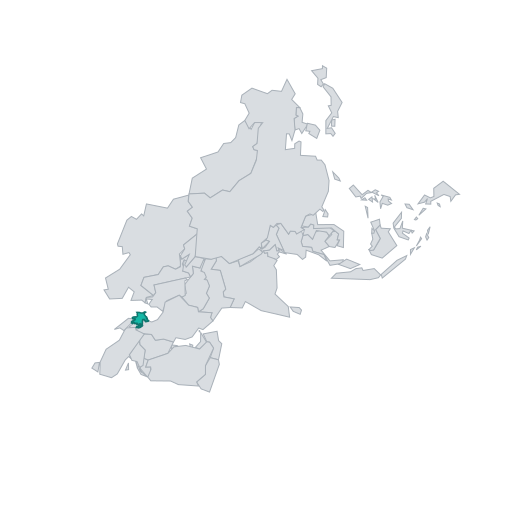 where Azerbaijan sits in Asia, rotated 309°
{"feature_id": "AZE", "entity_name": "Azerbaijan", "entity_type": "country or territory", "adm_level": 0, "iso_a3": "AZE", "parent_name": "Asia", "parent_adm1": "", "projection": "mercator", "projection_center": [46.85, 40.145], "detail": "fine", "context": "in_parent", "style": "filled", "palette": "teal", "viewbox_px": 512, "rotation_deg": 309, "n_neighbors": 45, "source": "natural_earth", "source_scale": "50m", "svg_char_len": 15519}
<svg xmlns="http://www.w3.org/2000/svg" viewBox="0 0 512 512"><g transform="rotate(309 256 256)"><path d="M260.9,165.3L255.8,169.0L253.9,175.9L247.6,174.4L245.3,182.6L237.3,185.5L240.2,193.2L238.2,196.8L219.0,192.7L216.7,196.1L209.3,195.2L201.2,203.9L195.1,201.8L193.1,194.0L189.3,190.8L180.1,191.7L168.9,182.4L160.7,185.1L160.8,201.2L154.8,196.9L149.8,199.2L149.8,194.9L142.8,186.8L151.5,183.9L151.5,176.6L138.9,178.7L130.5,169.3L134.0,159.2L137.2,162.1L144.2,152.9L160.0,158.4L177.9,157.5L178.7,155.1L173.6,151.5L179.1,146.2L176.8,142.6L178.2,140.7L202.6,133.1L208.3,134.3L209.3,140.0L216.7,140.6L216.5,143.5L227.5,138.1L237.5,157.1L248.2,156.1L260.9,165.3Z" fill="#d9dde1" stroke="#a8b0b8" stroke-width="1"/><path d="M160.8,201.2L160.7,185.1L168.9,182.4L180.1,191.7L189.3,190.8L193.1,194.0L195.1,201.8L200.0,204.0L208.6,197.1L206.9,200.3L215.3,203.1L211.2,206.1L207.5,205.8L207.7,202.7L203.4,203.7L200.9,208.7L198.2,208.5L200.4,214.3L198.6,218.4L169.3,195.0L164.4,201.2L160.8,201.2Z" fill="#d9dde1" stroke="#a8b0b8" stroke-width="1"/><path d="M431.9,354.4L432.0,375.3L429.1,372.6L421.1,373.0L424.4,369.5L422.1,363.3L408.5,357.4L406.3,359.2L403.2,355.1L408.6,353.1L403.9,353.1L398.5,349.1L409.5,348.6L410.9,354.9L414.2,356.8L420.5,351.5L431.9,354.4ZM380.8,374.5L379.1,378.6L376.0,378.9L377.6,375.8L380.8,374.5ZM410.2,368.1L409.9,365.7L411.2,363.5L411.9,365.9L410.2,368.1ZM358.2,332.9L356.4,335.8L361.7,343.2L358.0,343.6L352.7,358.9L333.8,355.4L329.7,344.8L332.0,339.7L334.7,343.6L345.2,342.2L347.8,341.5L351.8,332.3L358.2,332.9ZM390.1,356.9L398.3,355.9L399.5,358.4L390.1,356.9ZM386.8,358.2L384.6,357.6L384.0,356.2L387.2,356.1L386.8,358.2ZM390.2,339.1L392.6,342.5L390.8,348.9L388.5,342.9L390.2,339.1ZM367.8,341.9L381.6,341.6L376.7,345.3L365.5,345.3L365.1,347.7L367.9,350.6L375.6,348.0L369.7,352.2L375.0,363.1L372.1,362.9L373.6,360.3L369.7,360.7L368.0,354.5L365.9,355.4L366.3,363.7L364.3,364.2L361.0,355.0L364.4,345.6L367.8,341.9ZM367.4,378.0L361.6,376.7L364.6,376.1L367.4,378.0ZM364.7,374.3L371.3,373.1L374.2,372.0L373.7,373.8L364.7,374.3ZM358.2,372.0L362.1,373.9L354.5,375.0L358.2,372.0ZM320.5,364.9L341.4,368.3L351.2,372.9L347.6,374.1L318.3,368.0L320.5,364.9ZM312.1,348.3L320.6,355.8L319.7,364.8L316.2,364.8L309.4,359.5L286.2,328.6L293.2,329.3L303.2,339.4L309.1,341.6L313.4,345.7L312.1,348.3Z" fill="#d9dde1" stroke="#a8b0b8" stroke-width="1"/><path d="M381.2,376.2L383.9,373.1L388.3,372.9L381.2,376.2Z" fill="#d9dde1" stroke="#a8b0b8" stroke-width="1"/><path d="M96.6,233.5L93.9,238.8L93.7,247.6L91.6,241.2L94.3,234.2L96.6,233.5Z" fill="#d9dde1" stroke="#a8b0b8" stroke-width="1"/><path d="M99.1,229.9L94.4,234.2L98.6,228.4L99.1,229.9Z" fill="#d9dde1" stroke="#a8b0b8" stroke-width="1"/><path d="M95.7,236.8L93.7,240.7L94.5,236.3L95.7,236.8Z" fill="#d9dde1" stroke="#a8b0b8" stroke-width="1"/><path d="M95.7,236.8L106.0,233.1L107.3,237.7L100.3,240.2L103.5,243.9L97.4,248.7L93.7,247.6L95.7,236.8Z" fill="#d9dde1" stroke="#a8b0b8" stroke-width="1"/><path d="M146.8,266.4L154.6,266.8L161.7,261.2L157.7,272.4L148.2,270.7L146.8,266.4Z" fill="#d9dde1" stroke="#a8b0b8" stroke-width="1"/><path d="M144.4,264.6L144.1,262.0L145.9,259.8L146.9,263.0L144.4,264.6Z" fill="#d9dde1" stroke="#a8b0b8" stroke-width="1"/><path d="M133.2,245.5L136.7,251.0L130.8,249.0L133.2,245.5Z" fill="#d9dde1" stroke="#a8b0b8" stroke-width="1"/><path d="M107.3,237.7L106.0,233.1L113.1,229.1L114.0,221.5L118.8,217.4L125.1,218.3L129.3,224.2L127.2,230.8L133.3,236.5L137.2,246.0L124.9,248.8L107.3,237.7Z" fill="#d9dde1" stroke="#a8b0b8" stroke-width="1"/><path d="M158.4,271.7L162.2,264.0L173.0,273.1L166.7,280.2L166.3,284.6L151.7,292.2L148.2,284.4L157.7,281.0L159.8,274.2L158.4,271.7ZM162.5,259.1L161.1,260.0L162.1,258.8L162.5,259.1Z" fill="#d9dde1" stroke="#a8b0b8" stroke-width="1"/><path d="M309.4,306.9L310.7,300.3L320.4,301.4L321.9,299.1L325.4,302.5L325.1,306.4L319.7,308.9L321.1,310.9L312.3,312.0L309.4,306.9Z" fill="#d9dde1" stroke="#a8b0b8" stroke-width="1"/><path d="M317.8,300.1L310.7,300.3L309.4,306.9L301.5,302.9L298.7,316.5L308.0,326.2L304.9,327.9L295.3,319.4L299.9,307.9L295.4,297.3L297.7,293.8L292.8,286.2L295.6,282.0L301.5,279.6L305.3,282.8L304.6,289.4L311.4,286.7L316.2,289.6L319.0,295.8L317.8,300.1Z" fill="#d9dde1" stroke="#a8b0b8" stroke-width="1"/><path d="M324.7,300.3L317.8,300.1L319.0,295.8L313.8,286.9L304.6,289.4L305.3,282.8L301.5,279.6L306.9,277.0L306.4,273.1L311.4,278.4L315.3,278.4L316.5,281.4L313.6,283.5L324.5,294.7L324.7,300.3Z" fill="#d9dde1" stroke="#a8b0b8" stroke-width="1"/><path d="M301.5,279.6L295.6,282.0L292.8,286.2L297.7,293.8L295.4,297.3L299.9,307.9L296.6,314.3L296.4,303.9L292.1,291.3L286.4,295.3L282.6,294.3L283.1,287.0L276.6,276.0L285.6,258.2L292.0,256.3L292.7,252.1L297.0,254.8L293.5,267.6L296.9,267.0L299.7,270.9L298.8,273.7L304.8,274.7L301.5,279.6Z" fill="#d9dde1" stroke="#a8b0b8" stroke-width="1"/><path d="M315.0,312.5L321.1,310.9L319.7,308.9L325.1,306.4L325.3,297.0L313.6,283.5L316.5,281.4L315.3,278.4L311.4,278.4L308.1,272.6L318.2,269.5L326.8,275.7L319.2,284.2L329.5,296.8L330.5,308.6L317.6,318.6L315.0,312.5Z" fill="#d9dde1" stroke="#a8b0b8" stroke-width="1"/><path d="M398.9,196.6L395.9,203.0L388.9,207.7L391.1,213.4L380.0,214.5L382.1,209.3L378.5,207.0L381.1,204.3L386.8,199.1L391.1,200.6L390.6,198.3L396.8,194.0L398.9,196.6Z" fill="#d9dde1" stroke="#a8b0b8" stroke-width="1"/><path d="M384.6,215.9L391.5,212.4L395.1,219.8L393.9,226.5L385.6,229.2L384.4,220.0L386.8,219.4L384.6,215.9Z" fill="#d9dde1" stroke="#a8b0b8" stroke-width="1"/><path d="M262.1,164.9L276.4,157.5L292.4,162.8L297.5,151.1L312.9,161.0L323.1,160.1L328.2,165.0L335.2,165.7L347.0,160.2L354.3,162.0L351.4,172.5L358.8,170.9L364.2,175.7L344.1,186.0L339.0,184.6L337.4,187.5L338.9,190.7L334.4,194.5L317.0,200.0L303.9,195.4L289.5,195.2L286.2,188.5L272.3,183.8L272.4,176.4L262.1,164.9Z" fill="#d9dde1" stroke="#a8b0b8" stroke-width="1"/><path d="M292.7,252.1L292.0,256.3L285.6,258.2L277.8,274.0L276.1,268.5L274.7,270.8L273.0,269.0L276.9,263.8L269.0,262.8L264.7,258.6L263.6,261.0L265.9,262.9L263.2,265.5L265.1,266.4L265.8,275.2L259.7,275.9L258.1,280.5L244.4,292.5L238.4,294.7L237.0,312.9L229.6,320.6L216.8,294.4L213.9,276.4L207.0,278.0L199.7,268.3L208.9,266.0L204.0,256.8L207.5,253.1L211.2,253.3L222.3,237.3L217.5,229.5L227.4,228.2L230.5,224.9L233.9,229.5L233.4,240.1L241.0,245.1L237.7,250.2L247.9,255.3L263.1,258.7L265.2,252.7L265.6,256.3L268.5,257.6L275.8,257.2L274.7,253.9L288.8,247.8L289.2,251.5L292.7,252.1Z" fill="#d9dde1" stroke="#a8b0b8" stroke-width="1"/><path d="M276.1,268.5L276.8,278.7L273.8,271.5L270.9,271.4L270.2,274.7L266.2,274.0L263.2,265.5L265.9,262.9L263.6,261.0L264.7,258.6L269.0,262.8L276.9,263.8L273.0,269.0L274.7,270.8L276.1,268.5Z" fill="#d9dde1" stroke="#a8b0b8" stroke-width="1"/><path d="M274.7,253.9L275.8,257.2L265.6,256.3L269.3,252.0L274.7,253.9Z" fill="#d9dde1" stroke="#a8b0b8" stroke-width="1"/><path d="M263.3,253.5L263.1,258.7L260.5,258.8L237.7,250.2L242.3,244.2L256.0,252.3L263.3,253.5Z" fill="#d9dde1" stroke="#a8b0b8" stroke-width="1"/><path d="M230.5,224.9L227.4,228.2L217.5,229.5L222.3,237.3L211.2,253.3L207.5,253.1L204.0,256.8L208.9,266.0L199.7,268.3L194.0,262.2L178.4,263.4L179.6,259.3L184.2,257.5L176.4,246.4L181.8,248.2L193.9,246.2L195.8,240.9L203.4,238.7L211.4,220.9L222.0,218.4L225.3,223.3L230.5,224.9Z" fill="#d9dde1" stroke="#a8b0b8" stroke-width="1"/><path d="M188.8,218.5L203.0,218.3L208.1,213.0L211.4,220.0L215.9,217.0L222.0,218.4L209.6,222.6L210.7,226.2L208.3,230.7L205.3,230.6L206.6,233.2L203.4,238.7L195.8,240.9L193.9,246.2L181.8,248.2L176.4,246.4L179.3,243.0L175.4,234.6L177.5,224.3L183.2,225.3L188.8,218.5Z" fill="#d9dde1" stroke="#a8b0b8" stroke-width="1"/><path d="M198.6,218.4L200.4,214.3L198.2,208.5L207.7,202.7L208.8,205.7L203.8,208.7L217.3,209.1L221.4,217.3L211.4,220.0L208.1,213.0L203.0,218.3L198.6,218.4Z" fill="#d9dde1" stroke="#a8b0b8" stroke-width="1"/><path d="M208.6,197.1L216.7,196.1L219.0,192.7L238.2,196.8L217.3,209.1L203.8,208.7L204.1,206.3L215.3,203.1L206.9,200.3L208.6,197.1Z" fill="#d9dde1" stroke="#a8b0b8" stroke-width="1"/><path d="M149.8,199.2L154.8,196.9L159.2,201.4L164.4,201.2L169.3,195.0L194.5,215.0L194.4,217.5L192.0,216.3L180.8,225.8L177.5,224.3L177.2,221.0L165.1,214.8L154.3,218.2L154.1,211.1L150.4,206.6L151.1,203.1L156.9,202.7L153.6,197.8L150.7,202.0L149.8,199.2Z" fill="#d9dde1" stroke="#a8b0b8" stroke-width="1"/><path d="M137.2,246.0L133.3,236.5L127.2,230.8L129.3,224.2L123.4,215.1L123.0,209.1L129.5,211.9L135.6,208.5L139.2,216.6L144.5,219.5L154.0,219.1L162.9,214.4L177.2,221.0L175.4,234.6L179.3,243.0L176.4,246.4L184.2,257.5L179.6,259.3L178.4,263.4L165.4,261.1L164.0,256.8L152.9,257.3L146.6,253.5L142.1,245.2L137.2,246.0Z" fill="#d9dde1" stroke="#a8b0b8" stroke-width="1"/><path d="M96.3,235.6L99.1,229.9L96.8,225.2L99.5,219.7L117.4,218.0L114.0,221.5L113.1,229.1L99.8,237.1L96.3,235.6Z" fill="#d9dde1" stroke="#a8b0b8" stroke-width="1"/><path d="M130.6,211.8L121.6,205.7L121.3,202.1L127.6,203.3L130.6,211.8Z" fill="#d9dde1" stroke="#a8b0b8" stroke-width="1"/><path d="M125.1,218.3L99.5,219.7L97.6,223.6L97.7,220.3L93.0,219.8L77.1,222.4L70.5,220.3L65.8,209.0L75.6,201.6L89.2,198.2L104.6,202.8L118.2,200.1L125.2,207.9L123.0,209.1L125.1,218.3ZM65.6,199.0L71.6,198.2L74.8,201.3L66.4,206.1L65.6,199.0Z" fill="#d9dde1" stroke="#a8b0b8" stroke-width="1"/><path d="M243.1,322.0L242.6,325.4L238.5,327.0L236.4,319.8L237.9,314.6L243.1,322.0Z" fill="#d9dde1" stroke="#a8b0b8" stroke-width="1"/><path d="M331.4,287.1L328.7,283.1L335.6,280.7L334.1,285.5L331.4,287.1ZM217.3,209.1L240.2,193.2L237.3,185.5L245.3,182.6L247.6,174.4L253.9,175.9L255.8,169.0L262.1,164.9L272.4,176.4L272.3,183.8L286.2,188.5L289.5,195.2L303.9,195.4L317.0,200.0L330.6,196.0L338.9,190.7L337.4,187.5L339.0,184.6L344.1,186.0L356.7,177.4L363.9,177.3L358.8,170.9L350.5,170.5L354.3,162.0L362.7,160.8L367.3,151.5L365.5,147.4L372.1,143.8L383.9,147.2L389.3,162.7L394.9,164.2L400.0,172.2L412.8,168.9L406.7,184.4L400.1,185.2L398.9,196.6L396.8,194.0L390.6,198.3L391.1,200.6L386.8,199.1L378.5,207.0L368.3,211.3L371.8,205.0L370.2,202.8L357.1,211.9L364.0,218.3L367.6,215.5L372.4,217.1L373.0,219.2L362.2,227.2L371.0,239.5L369.0,243.2L371.6,246.4L370.3,252.2L360.6,265.3L351.8,271.5L335.6,276.2L334.5,279.8L332.7,280.0L332.6,276.2L323.6,274.8L322.6,271.4L318.2,269.5L306.4,273.1L306.9,277.0L298.8,273.7L299.7,270.9L296.9,267.0L293.5,267.6L297.0,254.8L294.5,251.8L289.2,251.5L288.8,247.8L277.3,253.4L269.3,252.0L265.5,255.6L265.2,252.7L256.0,252.3L233.4,240.1L233.9,229.5L225.3,223.3L217.3,209.1Z" fill="#d9dde1" stroke="#a8b0b8" stroke-width="1"/><path d="M369.7,262.7L368.7,271.4L367.3,274.3L365.3,268.8L369.7,262.7Z" fill="#d9dde1" stroke="#a8b0b8" stroke-width="1"/><path d="M109.8,192.1L127.3,196.1L131.1,201.8L114.9,200.3L114.5,195.5L109.8,192.1Z" fill="#d9dde1" stroke="#a8b0b8" stroke-width="1"/><path d="M369.0,306.9L366.0,302.7L369.8,304.0L369.0,306.9ZM374.5,317.2L374.3,311.2L375.6,313.2L377.9,310.0L374.5,317.2ZM382.2,314.8L385.8,323.1L384.7,326.0L383.5,322.8L382.0,324.4L382.1,328.3L378.4,326.4L376.4,321.0L371.1,323.1L376.0,318.3L382.4,317.3L382.2,314.8ZM363.9,312.2L355.9,319.3L363.4,309.6L363.9,312.2ZM372.4,287.0L370.4,299.9L377.5,301.7L377.9,305.8L374.3,302.5L366.9,301.5L368.1,299.3L364.7,296.4L367.2,286.0L372.4,287.0ZM371.3,312.6L370.9,307.9L374.9,308.9L371.3,312.6ZM382.5,307.0L383.4,310.6L380.9,309.8L380.2,313.6L378.5,305.7L382.5,307.0Z" fill="#d9dde1" stroke="#a8b0b8" stroke-width="1"/><path d="M301.4,325.4L310.6,328.4L314.7,342.0L305.6,337.3L301.4,325.4ZM358.2,332.9L351.8,332.3L347.8,341.5L334.7,343.6L332.5,341.8L332.0,339.7L336.8,340.2L337.4,337.5L342.6,336.2L346.5,331.6L350.1,332.3L354.5,323.9L362.3,328.8L358.2,332.9Z" fill="#d9dde1" stroke="#a8b0b8" stroke-width="1"/><path d="M350.4,328.7L350.1,332.3L347.9,333.3L346.5,331.6L350.4,328.7Z" fill="#d9dde1" stroke="#a8b0b8" stroke-width="1"/><path d="M434.7,210.1L429.5,226.3L419.8,228.4L415.3,232.8L413.0,228.4L400.0,231.1L403.2,234.0L401.1,240.4L397.5,240.5L398.2,237.1L394.9,233.4L405.2,225.1L414.9,224.8L418.2,217.7L420.4,219.6L426.9,214.1L429.7,201.7L433.1,200.9L434.7,210.1ZM443.4,189.7L445.7,187.9L446.4,192.8L438.8,198.3L433.8,195.4L432.1,200.1L428.5,200.1L428.1,195.9L433.1,192.3L435.0,182.6L443.4,189.7ZM404.4,232.8L409.3,229.3L412.0,231.4L406.4,235.6L404.4,232.8Z" fill="#d9dde1" stroke="#a8b0b8" stroke-width="1"/><path d="M148.2,284.4L151.7,292.2L148.7,295.7L121.0,305.5L118.2,297.0L120.7,289.1L132.2,291.2L139.0,285.7L148.2,284.4Z" fill="#d9dde1" stroke="#a8b0b8" stroke-width="1"/><path d="M93.8,248.1L101.9,245.7L103.5,243.9L100.3,240.2L107.3,237.7L124.9,248.8L133.7,249.4L142.3,257.7L148.2,270.7L158.4,271.7L159.8,274.2L157.7,281.0L139.0,285.7L132.2,291.2L120.7,289.1L118.8,293.2L107.2,276.6L105.1,268.3L92.8,252.8L93.8,248.1Z" fill="#d9dde1" stroke="#a8b0b8" stroke-width="1"/><path d="M92.6,224.2L87.5,228.5L85.2,226.4L92.6,224.2Z" fill="#d9dde1" stroke="#a8b0b8" stroke-width="1"/><path d="M138.2,213.2L137.4,213.3L136.7,212.6L136.4,212.4L136.2,212.3L136.1,212.1L135.5,211.6L135.4,211.5L135.4,211.3L135.5,211.2L135.8,211.0L136.2,210.9L136.3,210.9L136.3,210.6L135.8,210.2L135.7,210.0L135.7,209.9L135.8,209.7L136.2,209.4L136.4,209.2L135.9,208.6L135.4,208.0L135.1,208.0L134.7,208.2L134.1,208.6L133.7,208.8L133.3,209.1L132.8,209.5L132.4,209.8L132.2,210.1L131.7,210.3L131.5,210.5L130.8,211.3L130.6,211.2L130.6,210.9L130.6,210.6L130.5,210.4L130.3,210.2L130.5,210.0L130.8,210.0L130.9,209.9L130.6,209.6L130.4,209.4L130.2,209.3L130.2,209.2L130.5,208.9L130.6,208.6L130.1,208.3L129.7,208.4L129.3,208.1L129.1,207.9L128.8,207.7L128.6,207.5L128.4,207.2L127.9,206.9L127.7,206.8L127.7,206.7L127.8,206.7L128.6,206.7L128.8,206.3L128.9,206.0L128.9,205.8L128.2,205.4L127.7,205.0L127.3,204.5L127.0,204.1L127.0,203.9L127.7,203.4L127.7,203.2L127.3,202.8L127.2,202.6L126.7,202.5L126.2,202.2L126.4,202.0L126.4,201.9L126.1,201.7L125.9,201.5L125.8,201.3L126.5,200.7L127.2,200.7L128.1,201.1L128.1,201.3L128.4,201.6L128.8,201.7L129.1,201.8L129.3,201.8L129.6,201.7L129.9,201.9L130.2,202.1L130.4,202.2L130.5,202.2L131.0,201.9L131.1,201.5L131.2,201.3L131.0,201.1L130.6,200.8L130.3,200.6L130.0,200.4L129.8,200.0L129.7,199.9L129.6,199.7L129.7,199.4L129.8,199.3L130.0,199.3L130.1,199.2L130.3,198.9L130.4,198.7L130.7,198.8L130.8,199.1L131.0,199.1L131.4,199.1L131.7,199.4L132.0,199.7L132.2,199.9L132.2,200.0L132.4,200.2L132.7,200.3L132.9,200.6L133.0,201.2L133.2,201.3L133.9,201.6L134.1,201.6L134.7,201.7L135.0,201.6L135.3,201.1L135.6,200.6L135.9,200.5L136.4,200.2L136.6,200.0L136.8,199.7L137.1,199.2L137.2,198.9L137.5,199.2L138.0,199.9L138.8,201.0L138.9,201.3L139.0,201.6L139.1,202.0L139.3,202.4L140.0,203.4L140.4,203.7L140.9,204.2L141.1,204.3L141.3,204.3L141.7,204.3L142.2,204.5L142.4,204.6L142.6,204.8L142.8,205.0L142.9,205.6L142.2,205.4L141.5,205.4L141.1,205.5L140.7,205.7L140.3,205.9L140.1,206.4L139.9,207.4L139.6,208.4L139.6,208.8L139.8,209.2L139.7,209.4L139.6,209.5L139.4,209.7L139.2,210.6L139.0,210.8L138.9,210.7L138.6,210.3L138.5,210.5L138.4,211.0L138.1,211.5L138.2,213.2ZM127.6,204.2L127.4,203.9L127.4,204.0L127.5,204.2L127.6,204.2ZM125.3,208.2L125.1,208.0L125.4,207.9L125.9,207.7L126.1,207.8L126.2,208.0L126.3,208.2L126.3,208.5L126.6,208.4L126.8,208.5L127.0,208.7L127.3,208.8L127.8,208.6L128.0,208.5L128.3,208.6L128.4,208.9L128.3,209.1L128.3,209.3L128.8,209.7L129.0,209.9L128.9,210.1L129.2,210.8L129.3,211.0L129.4,211.4L128.8,211.2L127.7,211.0L127.4,210.8L127.1,210.5L126.9,210.3L126.7,210.1L126.4,210.0L126.3,209.8L126.2,209.6L126.1,209.4L125.8,209.1L125.3,208.3L125.3,208.2ZM125.9,202.4L125.8,202.5L125.7,202.4L125.7,202.2L125.8,202.2L125.9,202.3L125.9,202.4Z" fill="#14b8a6" stroke="#0f766e" stroke-width="1.5"/></g></svg>